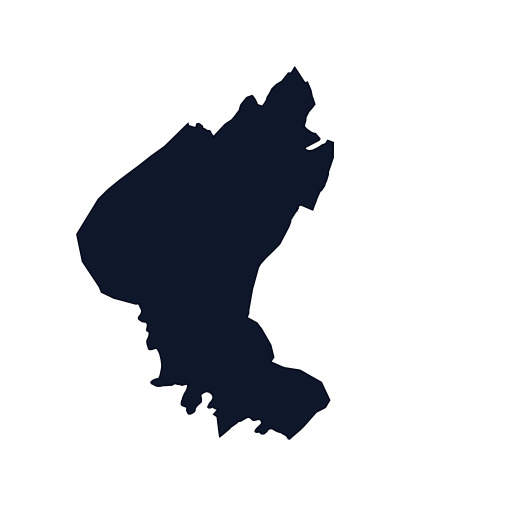 outline of Mártir de Cuilapan, Guerrero, Mexico, rotated 223°
{"feature_id": "50627088B19885629704089", "entity_name": "Mártir de Cuilapan", "entity_type": "district", "adm_level": 2, "iso_a3": "MEX", "parent_name": "Mexico", "parent_adm1": "Guerrero", "projection": "natural_earth1", "projection_center": [-99.386, 17.807], "detail": "fine", "context": "isolated", "style": "filled", "palette": "ink", "viewbox_px": 512, "rotation_deg": 223, "n_neighbors": 0, "source": "geoboundaries", "source_scale": "gbopen_adm2", "svg_char_len": 6061}
<svg xmlns="http://www.w3.org/2000/svg" viewBox="0 0 512 512"><g transform="rotate(223 256 256)"><path d="M285.0,127.1L284.6,127.0L283.4,127.5L282.9,127.5L282.1,127.3L280.9,126.4L280.2,125.3L279.2,123.5L278.2,120.3L277.8,119.5L277.2,118.8L275.6,117.5L273.4,116.2L271.8,115.3L271.2,114.9L270.6,114.9L269.9,115.2L269.5,115.6L268.8,116.3L267.9,117.7L267.0,119.4L266.7,120.0L266.4,120.3L266.0,120.6L265.5,120.7L264.8,120.7L263.4,120.4L262.4,120.0L261.6,119.8L261.1,119.5L260.7,119.4L259.0,118.5L254.8,115.7L252.9,114.2L250.4,112.0L248.7,110.0L247.1,107.5L245.4,104.7L244.5,103.0L243.9,101.5L243.7,100.5L243.8,99.7L244.1,99.1L244.5,98.6L245.2,97.8L245.7,96.7L246.5,94.8L246.6,93.9L246.7,93.3L246.8,92.5L246.7,92.2L246.5,91.8L245.8,91.6L245.0,91.6L244.5,91.7L243.9,92.1L243.4,92.2L242.9,92.4L241.6,92.5L241.0,92.7L239.5,93.5L238.4,94.4L237.4,95.4L236.9,96.0L235.9,97.7L235.0,98.4L234.1,99.5L232.8,100.7L231.2,102.6L230.7,103.0L229.8,103.7L229.5,104.2L229.1,105.6L228.6,107.0L228.4,107.5L228.1,107.7L227.4,107.9L225.5,109.0L224.9,109.6L224.3,110.0L223.7,110.3L223.2,110.5L222.1,111.0L221.7,111.5L220.8,113.1L219.8,114.5L219.2,115.1L218.8,115.3L218.2,115.3L217.4,114.7L216.0,112.3L215.3,110.8L214.9,109.4L214.5,107.6L214.5,107.0L214.2,106.2L213.7,104.7L212.9,102.5L212.1,101.3L211.9,100.8L211.7,100.0L211.3,99.1L210.9,98.4L210.2,97.4L209.4,96.7L208.8,96.3L208.0,96.4L204.3,97.9L203.4,98.2L203.0,98.2L202.7,97.9L202.4,97.5L202.3,97.0L201.9,96.5L201.2,95.8L199.9,95.2L198.7,94.8L197.8,94.5L197.4,94.6L197.1,94.9L196.4,95.7L195.8,96.9L195.4,97.9L195.0,99.6L195.1,100.1L195.2,100.9L195.4,101.5L195.8,102.0L196.4,102.8L196.7,103.5L196.9,105.1L197.0,106.9L196.7,110.4L196.6,111.6L197.0,112.4L197.9,113.6L200.5,115.7L201.6,116.4L201.8,117.0L201.7,118.4L201.1,120.6L200.4,122.3L199.7,123.2L199.3,123.6L197.5,124.5L196.2,124.8L195.1,124.9L193.7,124.8L193.0,124.6L192.3,124.3L191.6,123.9L190.6,122.9L190.3,122.5L190.0,121.9L189.4,118.7L189.5,116.7L189.4,116.3L189.0,115.4L188.5,113.3L188.2,112.9L188.0,112.6L187.8,112.6L187.3,112.6L186.9,112.8L186.5,113.2L185.9,113.9L185.5,114.5L185.2,115.5L184.9,115.9L184.6,116.2L184.3,116.3L184.1,116.3L183.8,116.1L183.4,116.2L182.4,116.6L182.0,116.6L180.6,117.2L179.1,118.0L179.0,111.3L174.9,112.1L162.4,101.6L159.3,99.2L158.8,101.8L158.5,104.2L157.7,111.4L157.7,113.8L156.3,120.5L156.3,121.5L156.3,122.6L155.4,123.8L154.8,124.6L154.3,125.8L153.0,130.2L152.5,131.7L151.9,132.7L151.2,133.3L150.4,133.7L149.9,133.8L146.6,133.8L146.2,133.9L145.7,134.3L145.1,134.7L144.4,135.8L143.5,137.4L142.8,138.3L142.3,138.7L141.1,139.3L140.5,139.2L139.4,138.7L138.7,138.6L138.2,138.2L137.8,137.8L137.6,137.1L137.5,136.4L137.5,135.1L137.8,130.2L137.6,128.7L137.4,127.9L137.1,127.3L136.9,127.1L136.6,127.1L136.2,127.1L135.3,127.6L134.8,128.1L134.0,129.3L133.5,129.6L133.2,129.8L132.8,129.8L132.4,129.8L132.0,129.6L131.5,129.6L130.7,129.8L130.2,130.1L129.6,130.7L129.1,131.3L128.8,132.0L128.5,134.4L128.5,135.5L128.7,136.2L128.8,136.8L128.7,137.5L128.6,138.2L128.2,138.9L127.7,139.7L126.8,140.5L125.6,141.0L124.1,141.3L123.3,141.5L121.3,142.0L120.3,142.4L118.5,143.3L117.4,143.9L116.6,144.2L115.9,144.2L115.1,144.3L112.1,145.2L110.8,145.2L109.8,145.1L108.9,144.8L107.9,144.5L106.8,144.8L105.2,159.3L105.0,164.6L105.5,182.9L102.0,192.6L103.8,200.8L122.0,208.1L146.0,202.4L159.4,193.3L173.1,188.5L173.9,192.8L173.9,194.0L184.5,200.9L201.9,206.3L208.4,207.4L209.8,207.6L220.7,204.8L222.3,209.0L224.4,211.3L236.0,229.2L246.5,249.3L247.5,253.5L247.6,262.0L247.1,272.0L246.9,280.7L247.1,281.9L252.2,300.3L254.3,305.0L255.3,305.7L257.0,314.8L257.0,315.8L257.2,316.2L257.0,316.7L257.2,316.8L257.3,317.1L257.0,317.6L256.6,317.9L257.3,317.6L257.4,317.8L257.7,317.8L257.7,318.3L258.4,318.3L258.4,318.5L258.6,318.8L258.5,319.0L258.0,319.1L257.7,319.5L258.1,319.7L258.3,320.0L258.6,320.9L258.8,321.3L258.8,321.5L258.8,322.1L259.0,322.9L257.7,324.1L257.6,324.3L257.3,324.3L246.0,328.4L248.0,332.8L249.2,336.3L250.5,338.9L252.1,343.4L253.4,347.2L252.9,348.4L253.8,354.0L254.7,355.8L256.1,359.6L258.9,365.2L260.4,366.6L266.7,380.6L276.9,391.7L282.4,389.4L281.6,385.6L283.3,382.3L284.3,377.9L286.6,371.9L289.1,368.9L292.2,367.6L294.2,368.6L288.9,383.7L289.2,385.3L295.9,386.0L299.1,384.2L305.2,383.3L309.0,383.6L310.4,385.4L311.8,388.5L314.2,391.6L315.9,397.5L316.0,401.7L316.5,407.1L322.3,410.3L323.4,410.7L327.2,413.4L328.9,414.6L337.0,418.2L337.3,417.2L337.8,416.7L338.7,416.0L356.3,420.4L356.0,418.5L355.7,417.7L355.2,414.9L355.3,413.7L355.9,412.6L357.1,411.9L356.2,401.5L358.0,395.2L358.3,389.2L357.1,385.0L356.7,383.3L356.0,379.7L354.6,377.2L354.1,374.9L353.8,373.2L353.4,369.8L358.4,367.5L359.9,368.5L362.9,369.6L364.4,370.1L366.0,370.4L368.2,370.7L370.8,365.7L370.5,361.1L370.3,357.5L370.0,356.0L369.4,354.7L367.5,351.1L367.0,345.4L366.8,344.4L366.5,339.0L368.2,332.2L368.4,330.4L368.4,316.3L367.4,314.2L368.8,314.5L369.8,314.6L370.6,314.6L371.1,314.6L371.7,315.0L371.9,315.0L372.1,315.0L372.4,315.0L372.9,315.0L373.3,315.5L373.6,315.6L374.5,315.9L375.0,315.9L375.4,315.9L376.1,315.3L376.7,314.8L376.9,314.5L377.0,314.4L377.7,314.4L378.0,314.1L378.5,314.1L378.8,314.0L379.2,314.0L379.4,314.0L379.9,314.0L380.1,313.8L380.6,313.8L380.9,313.6L381.5,313.0L381.9,313.0L382.0,313.3L382.6,313.6L382.8,313.6L383.0,313.6L383.2,313.8L383.5,314.1L383.8,314.3L384.1,314.4L384.7,314.2L386.1,314.2L387.5,314.0L388.0,313.8L388.3,313.6L388.5,313.4L389.2,312.4L389.2,312.1L389.0,311.5L388.8,311.1L388.4,310.9L388.2,310.8L387.8,310.8L388.1,308.9L388.0,308.3L390.9,306.9L393.5,305.6L394.5,305.5L396.0,306.4L397.5,273.7L400.8,257.6L402.8,244.1L407.3,219.2L409.4,204.1L410.0,190.1L401.8,149.7L379.2,133.7L349.8,126.7L344.3,124.2L331.2,128.3L311.1,139.0L309.4,141.1L306.4,140.0L305.7,139.7L302.4,138.4L302.2,138.3L301.9,137.9L301.1,136.4L300.8,135.8L300.4,134.9L300.2,132.0L300.1,131.4L299.8,130.9L299.5,130.4L299.1,130.0L298.9,129.9L298.3,129.9L297.7,129.9L296.1,130.2L294.7,130.4L293.5,131.1L291.9,132.3L291.4,132.6L291.0,132.7L290.8,132.7L289.5,132.4L288.7,132.0L288.4,131.6L287.7,130.9L285.9,128.0L285.7,127.6L285.0,127.1Z" fill="#0f172a" stroke="#020617" stroke-width="1.5"/></g></svg>